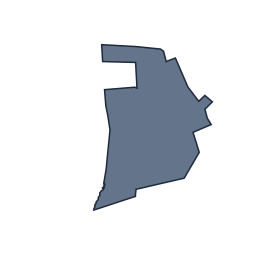 the district of Kadoma Urban, Mashonaland West, Zimbabwe, rotated 312°
{"feature_id": "62879985B53444954846030", "entity_name": "Kadoma Urban", "entity_type": "district", "adm_level": 2, "iso_a3": "ZWE", "parent_name": "Zimbabwe", "parent_adm1": "Mashonaland West", "projection": "robinson", "projection_center": [29.825, -18.321], "detail": "fine", "context": "isolated", "style": "filled", "palette": "slate", "viewbox_px": 256, "rotation_deg": 312, "n_neighbors": 0, "source": "geoboundaries", "source_scale": "gbopen_adm2", "svg_char_len": 2220}
<svg xmlns="http://www.w3.org/2000/svg" viewBox="0 0 256 256"><g transform="rotate(312 128 128)"><path d="M82.2,179.3L82.3,179.2L82.5,179.0L82.5,178.9L82.7,178.7L82.8,178.7L83.1,178.4L83.4,178.2L87.8,175.0L101.7,184.7L128.3,203.3L128.6,203.3L157.6,197.2L168.2,179.4L168.3,179.2L186.2,187.5L188.4,180.3L193.3,172.8L193.4,172.6L203.9,173.2L203.6,163.3L195.2,162.7L198.5,145.2L211.7,116.4L203.2,112.0L202.9,112.0L203.0,111.8L203.1,111.7L208.9,102.9L208.4,99.3L193.3,78.7L193.2,78.6L172.3,52.7L160.4,64.7L181.8,89.8L171.7,99.9L163.6,108.0L162.8,105.7L140.8,84.9L129.6,96.7L124.0,104.3L114.6,115.8L112.5,117.4L90.9,133.3L83.1,139.1L79.6,141.3L79.2,141.6L71.1,146.7L71.2,146.8L71.3,147.0L71.3,147.4L71.2,147.4L71.1,147.5L70.8,147.5L70.6,147.5L70.4,147.5L70.2,147.5L70.1,147.8L70.0,148.0L70.0,148.4L70.1,148.6L70.2,148.8L70.3,148.9L70.2,149.0L69.5,149.0L69.4,149.0L69.2,148.9L69.0,148.7L68.9,148.7L68.7,148.7L68.7,148.8L68.3,148.9L68.1,149.1L68.0,149.3L68.0,149.5L68.0,149.8L68.1,150.0L68.1,150.3L67.8,150.4L67.7,150.3L67.5,150.2L67.4,150.1L67.1,149.8L67.0,149.6L66.9,149.5L66.6,149.3L66.5,149.1L66.3,149.0L66.2,149.1L66.2,149.3L66.1,149.5L66.1,149.9L66.1,150.1L65.9,150.4L65.9,150.5L65.6,150.7L65.6,150.8L65.4,150.8L65.1,150.8L64.9,150.8L64.8,150.7L64.7,150.7L64.3,150.5L64.0,150.4L63.7,150.2L61.0,150.4L60.9,150.4L60.8,150.5L60.7,150.6L60.5,150.8L60.4,150.9L60.3,151.0L60.2,151.0L60.1,151.3L59.8,151.5L59.7,151.6L59.4,151.8L59.2,152.0L58.6,152.2L58.1,152.2L57.9,152.2L57.7,152.2L57.2,152.2L57.0,152.3L56.8,152.3L56.6,152.4L56.4,152.5L56.0,153.0L55.8,153.0L55.7,153.1L55.3,153.3L55.0,153.5L54.9,153.5L54.7,153.7L54.2,153.8L53.7,153.8L53.1,153.8L52.7,153.8L52.4,153.8L52.2,153.8L51.9,153.8L51.6,153.9L51.3,154.0L51.2,154.1L51.0,154.3L50.9,154.4L50.9,154.5L50.6,154.7L50.5,154.8L50.4,154.8L50.2,154.8L49.9,154.7L49.7,154.7L49.4,154.7L49.1,154.7L48.8,154.8L48.7,154.9L48.5,155.0L48.3,155.1L48.1,155.2L48.0,155.3L47.9,155.4L47.8,155.5L47.7,155.6L47.6,155.8L47.4,155.9L47.3,156.0L47.2,156.1L46.9,156.2L46.8,156.3L46.7,156.3L46.2,156.4L46.1,156.5L45.9,156.5L45.6,156.5L45.4,156.5L45.2,156.6L45.0,156.8L44.9,157.0L44.7,157.2L44.7,157.3L44.6,157.5L44.3,157.6L82.2,179.3Z" fill="#64748b" stroke="#1e293b" stroke-width="1.5"/></g></svg>